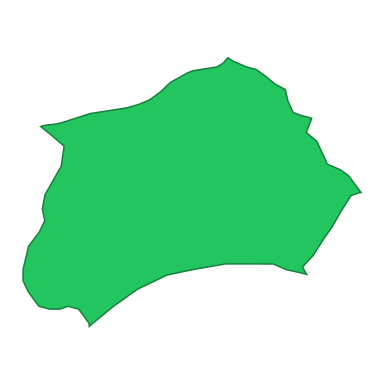 Tokchon City, P'yŏngan-namdo, North Korea
{"feature_id": "82179303B91694454499505", "entity_name": "Tokchon City", "entity_type": "district", "adm_level": 2, "iso_a3": "PRK", "parent_name": "North Korea", "parent_adm1": "P'yŏngan-namdo", "projection": "mercator", "projection_center": [126.309, 39.767], "detail": "fine", "context": "isolated", "style": "filled", "palette": "green", "viewbox_px": 384, "rotation_deg": 0, "n_neighbors": 0, "source": "geoboundaries", "source_scale": "gbopen_adm2", "svg_char_len": 944}
<svg xmlns="http://www.w3.org/2000/svg" viewBox="0 0 384 384"><path d="M31.5,296.3L38.8,306.2L49.4,309.1L60.1,309.1L68.1,306.3L78.7,309.2L89.2,323.5L89.2,326.3L113.3,306.4L137.4,289.3L166.7,275.1L193.4,269.5L225.4,263.9L249.3,263.9L273.2,264.0L286.5,269.7L299.8,272.6L306.6,274.4L302.5,266.9L313.2,255.5L324.0,238.4L332.1,227.0L340.2,212.7L351.0,195.6L359.0,192.8L361.0,192.5L348.5,175.6L340.5,169.9L327.3,164.1L322.1,152.6L316.8,141.2L306.3,132.6L311.7,118.3L301.1,115.4L293.1,112.5L287.9,101.0L285.3,89.6L274.7,83.8L264.2,75.2L256.2,69.5L245.6,66.6L232.4,60.8L227.9,57.7L223.3,63.0L217.0,66.9L193.2,70.7L187.7,72.8L170.7,82.2L160.7,91.7L149.4,100.0L137.8,104.7L126.5,107.9L90.0,113.6L62.7,122.4L56.8,123.9L44.1,125.4L40.7,126.5L50.8,134.7L64.1,146.2L61.2,166.2L53.1,180.5L45.0,194.8L42.3,209.1L44.8,220.5L39.4,231.9L28.6,246.2L25.9,257.6L23.1,269.0L23.0,280.5L28.3,291.9L31.5,296.3Z" fill="#22c55e" stroke="#15803d" stroke-width="1.5"/></svg>